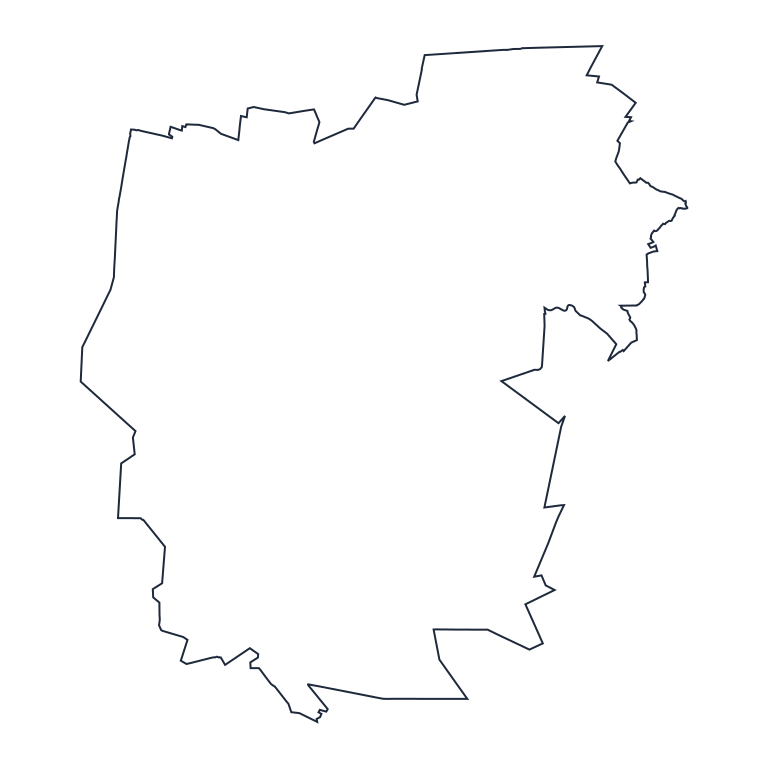 outline of Trincheras, Sonora, Mexico
{"feature_id": "50627088B52969671288629", "entity_name": "Trincheras", "entity_type": "district", "adm_level": 2, "iso_a3": "MEX", "parent_name": "Mexico", "parent_adm1": "Sonora", "projection": "orthographic", "projection_center": [-111.475, 30.291], "detail": "fine", "context": "isolated", "style": "outline", "palette": "slate", "viewbox_px": 768, "rotation_deg": 0, "n_neighbors": 0, "source": "geoboundaries", "source_scale": "gbopen_adm2", "svg_char_len": 6023}
<svg xmlns="http://www.w3.org/2000/svg" viewBox="0 0 768 768"><path d="M529.4,649.6L542.8,643.4L534.9,625.6L525.4,604.3L554.6,590.0L545.7,585.4L541.5,575.4L534.2,576.7L548.2,543.3L556.1,522.2L558.5,516.5L564.0,505.1L560.9,505.3L544.4,507.5L561.2,426.6L565.0,415.9L558.5,423.2L501.4,381.1L534.4,369.8L538.2,369.9L540.0,369.1L541.7,367.3L542.0,365.6L544.6,325.8L544.2,314.0L545.4,313.9L545.4,313.3L545.1,312.2L544.9,311.7L544.5,307.7L547.2,309.5L548.0,309.9L549.0,310.2L550.4,310.3L551.0,310.2L551.9,309.9L553.3,309.2L554.9,308.2L555.9,307.8L556.3,307.7L557.1,307.7L557.8,307.7L558.4,307.8L559.5,308.4L563.2,310.4L563.9,310.7L564.5,310.7L565.1,310.7L565.6,310.5L566.2,310.2L566.7,309.5L566.9,309.2L567.6,306.3L568.0,305.7L568.3,305.4L569.0,305.0L569.3,305.0L570.2,305.1L572.2,305.7L572.8,306.1L574.0,307.0L574.5,307.9L575.2,310.0L575.7,311.0L579.6,314.7L580.2,315.4L581.6,315.7L588.0,318.3L589.5,319.1L592.0,320.9L600.3,328.5L607.0,333.6L616.3,344.2L607.9,361.0L619.5,351.8L620.1,351.9L622.8,350.0L623.7,351.1L629.9,344.1L631.3,342.6L636.9,340.1L636.6,334.1L636.4,333.3L636.4,331.3L636.5,330.7L636.4,329.8L636.1,329.2L635.8,328.3L635.3,327.5L634.1,325.0L633.6,324.3L632.7,323.3L632.2,322.8L631.8,322.2L631.2,321.6L630.5,321.4L629.4,319.6L630.1,318.2L630.3,317.6L628.2,313.7L627.7,312.5L627.4,310.9L625.5,310.3L624.0,309.8L623.2,309.4L622.5,308.7L622.2,308.6L621.6,308.1L621.2,307.5L621.2,307.1L621.4,307.0L621.6,306.9L621.6,306.5L620.5,305.7L636.8,305.5L637.1,305.0L637.6,304.9L639.0,304.2L642.1,301.0L642.9,300.1L643.1,299.5L643.5,299.1L643.9,299.0L644.3,298.1L645.2,295.4L645.2,295.0L645.2,294.4L645.1,294.1L644.9,294.0L644.3,292.9L643.7,292.1L643.7,290.4L643.7,289.1L644.1,287.3L644.6,286.8L645.3,286.5L644.8,282.4L648.0,282.2L647.9,278.3L647.8,276.2L647.6,270.8L647.2,266.1L647.1,262.1L646.6,254.5L647.6,254.0L648.1,253.5L650.5,252.6L652.2,252.0L653.6,251.5L657.3,251.1L655.7,245.5L654.3,246.4L652.5,247.2L651.3,247.5L650.6,247.8L648.2,244.1L651.6,242.9L653.4,242.0L652.7,241.1L651.0,239.1L650.5,238.7L650.6,238.4L651.0,237.6L651.1,237.2L651.0,235.6L651.7,233.8L652.4,232.7L652.8,232.4L653.0,231.9L654.1,230.6L654.7,231.0L655.4,231.1L655.8,231.1L656.2,231.0L657.1,230.5L657.6,230.2L657.8,229.8L658.6,228.8L659.4,228.1L660.0,227.4L660.9,226.0L661.8,225.2L663.2,223.7L664.8,224.1L665.0,224.1L665.2,223.9L665.4,223.7L665.6,223.3L666.0,222.9L666.7,222.5L667.2,222.1L667.7,221.8L668.9,221.0L669.2,220.9L670.0,220.8L670.5,221.0L671.0,220.9L671.6,220.7L673.0,217.8L673.7,217.0L674.6,216.0L674.7,215.6L674.8,215.3L674.5,215.0L675.3,213.4L675.7,212.2L676.1,211.3L676.7,209.8L677.7,208.6L678.6,207.9L679.6,208.3L680.2,208.0L682.1,208.3L682.2,208.6L683.9,208.6L684.7,208.8L686.7,208.4L687.3,208.1L687.3,207.6L687.0,207.1L686.5,206.6L685.3,203.8L685.7,203.4L685.9,202.9L685.9,202.2L685.8,201.8L685.5,201.6L685.5,201.1L685.0,201.3L684.3,201.3L683.4,200.7L682.8,200.0L681.0,198.5L679.9,198.2L677.9,197.2L676.2,196.4L673.6,195.1L673.3,194.8L672.7,194.6L670.3,193.9L668.0,193.1L666.0,192.3L665.3,192.2L665.0,191.9L663.5,191.8L661.4,191.5L660.0,191.2L658.9,190.6L658.3,190.2L656.6,189.6L652.7,187.0L650.7,186.2L649.9,185.3L649.2,184.0L648.6,183.3L648.0,182.8L647.4,182.7L646.9,182.8L646.2,182.7L645.7,182.3L645.3,181.9L640.3,178.2L639.3,179.3L639.0,179.6L638.1,179.5L637.8,179.6L636.5,182.4L635.0,182.6L633.0,182.6L631.4,182.9L629.9,183.4L623.6,174.2L620.1,168.7L617.7,165.4L615.3,161.5L616.3,158.0L618.7,151.7L619.4,147.5L619.9,143.2L617.4,140.8L627.8,122.5L631.0,121.2L629.1,120.9L631.0,117.2L625.5,116.9L635.7,102.8L623.8,93.7L612.3,85.2L611.6,84.7L597.2,82.4L599.0,76.5L586.7,75.3L590.9,67.1L602.2,46.1L535.8,47.8L522.8,48.2L522.7,48.1L520.2,48.9L513.3,49.0L508.0,49.8L507.0,49.9L506.5,49.8L506.2,50.0L505.7,49.9L502.8,49.9L424.7,55.1L421.8,68.3L421.7,69.2L421.9,69.4L416.6,94.7L417.7,101.4L404.2,104.8L388.1,100.2L386.9,100.0L386.5,99.8L386.2,99.8L377.5,98.2L376.5,97.9L375.5,97.5L371.1,103.7L369.3,106.3L362.7,115.6L354.2,127.8L353.6,128.7L348.2,128.7L322.2,139.9L319.5,141.1L314.5,143.3L313.8,141.9L317.4,129.1L318.9,124.2L319.4,122.0L317.1,116.8L316.0,114.0L314.0,109.4L304.6,110.8L288.9,113.4L285.0,112.2L263.8,109.2L253.7,107.0L247.7,108.5L246.7,117.3L241.0,116.0L239.8,125.8L239.4,130.3L238.3,140.1L223.2,134.6L221.1,133.9L215.4,129.3L213.5,128.2L198.2,124.7L197.7,124.8L187.1,124.4L186.9,124.7L186.3,124.5L185.4,127.1L182.3,126.1L181.8,130.6L180.2,130.1L176.1,128.7L175.3,128.4L170.6,126.8L170.0,129.5L169.4,132.0L169.0,133.8L169.0,134.5L170.2,135.2L171.8,136.4L172.3,136.8L171.9,138.3L162.2,135.6L141.6,131.0L138.1,130.0L136.5,130.3L134.6,129.7L131.0,129.5L130.1,134.0L130.5,136.0L129.6,137.5L129.6,138.0L129.3,139.4L129.0,140.7L126.5,155.6L126.4,156.7L125.9,159.1L125.3,162.6L123.1,175.4L121.1,187.8L119.5,196.8L119.1,198.3L118.6,202.1L117.6,207.8L117.1,211.0L116.7,219.3L116.5,222.0L116.3,227.0L114.8,258.6L114.2,268.2L113.9,277.2L110.4,290.0L107.0,296.8L102.5,306.1L86.5,338.7L82.3,347.2L80.7,381.6L125.5,422.1L135.5,431.1L132.9,437.5L134.7,454.3L121.2,463.4L118.0,518.1L140.6,518.2L141.4,519.0L142.3,519.7L142.7,519.9L143.1,519.8L143.7,520.3L165.0,546.8L162.1,583.3L152.8,589.1L153.2,597.4L159.4,602.6L159.5,614.6L159.8,619.7L159.2,624.2L159.0,625.2L161.1,630.0L162.6,630.9L183.2,637.0L187.5,639.9L180.8,660.7L186.5,664.0L192.4,662.6L197.4,661.3L211.3,657.8L213.7,657.3L214.5,657.4L215.4,657.3L216.3,656.8L217.5,656.8L217.9,657.2L218.5,657.4L218.9,657.4L219.4,657.2L220.3,657.6L220.8,657.5L225.1,664.9L249.8,648.2L258.2,654.1L257.9,657.6L250.3,662.4L250.6,668.1L258.9,668.1L260.3,669.8L266.4,678.0L271.0,684.0L272.4,685.0L274.0,686.1L274.4,686.4L274.8,686.5L286.8,701.9L288.4,703.7L291.3,712.2L299.3,713.1L317.2,721.9L316.6,719.0L320.1,717.1L321.4,713.9L318.5,712.3L319.8,709.9L326.3,711.6L327.7,709.1L309.2,686.4L308.1,685.0L308.1,684.7L307.9,684.5L307.8,684.4L307.3,684.2L320.4,686.6L376.2,697.5L383.2,698.8L389.0,698.9L391.8,698.8L467.3,698.9L458.6,686.7L439.4,659.6L433.6,629.5L435.1,629.4L448.2,629.5L457.4,629.6L462.2,629.6L487.7,629.7L497.1,634.3L529.4,649.6Z" fill="none" stroke="#1e293b" stroke-width="2"/></svg>